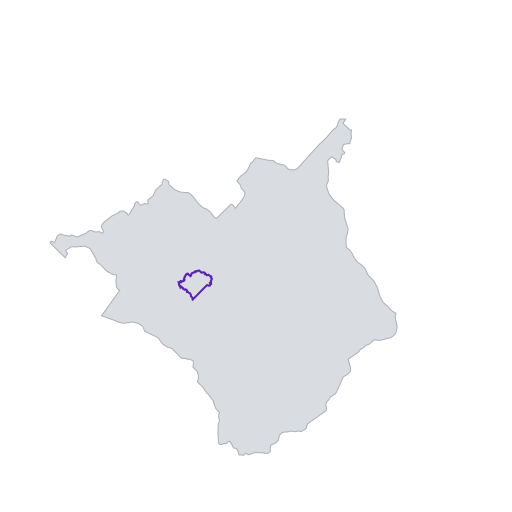 location of Lubao, Kasaï-Oriental, Democratic Republic of the Congo, rotated 134°
{"feature_id": "63176286B12881144084902", "entity_name": "Lubao", "entity_type": "district", "adm_level": 2, "iso_a3": "COD", "parent_name": "Democratic Republic of the Congo", "parent_adm1": "Kasaï-Oriental", "projection": "albers", "projection_center": [25.343, -5.578], "detail": "fine", "context": "in_parent", "style": "outline", "palette": "violet", "viewbox_px": 512, "rotation_deg": 134, "n_neighbors": 0, "source": "geoboundaries", "source_scale": "gbopen_adm2", "svg_char_len": 7878}
<svg xmlns="http://www.w3.org/2000/svg" viewBox="0 0 512 512"><g transform="rotate(134 256 256)"><path d="M406.3,325.6L375.2,330.2L375.8,332.0L375.5,333.9L374.7,335.3L371.6,339.1L366.9,342.7L366.8,343.5L369.2,347.5L370.6,352.9L370.2,362.4L370.8,365.0L370.7,367.0L369.1,369.2L365.9,380.6L368.0,386.2L374.1,391.4L377.6,395.2L383.6,396.7L384.6,396.5L385.0,393.3L389.8,392.1L389.6,412.4L389.3,413.6L388.4,413.8L387.2,413.2L386.9,411.2L385.6,410.4L379.8,412.8L378.3,412.8L376.7,412.3L375.5,411.3L375.1,409.7L371.1,403.8L369.0,403.4L366.8,398.0L357.6,394.1L354.0,393.7L352.2,392.5L350.4,388.3L347.3,385.6L346.6,382.6L346.0,382.2L344.1,382.8L342.5,387.5L340.4,388.6L336.6,388.8L327.1,387.4L320.4,384.9L318.6,385.1L315.9,382.9L314.8,379.2L315.4,376.4L314.9,376.0L304.6,378.3L302.1,379.8L299.7,379.4L299.0,378.7L300.0,376.7L299.5,374.6L298.8,373.6L295.7,372.9L294.7,370.6L292.9,370.3L292.2,370.6L291.8,372.1L290.7,372.7L284.5,371.9L278.1,374.0L269.5,373.5L265.4,375.9L264.8,375.8L263.9,374.6L263.1,370.7L263.5,369.7L264.8,368.9L265.2,367.3L264.8,363.3L265.1,362.4L264.6,360.1L263.3,356.4L261.5,353.4L257.6,348.9L256.9,346.8L257.1,341.7L258.3,333.7L258.1,327.8L256.5,323.9L256.1,319.8L257.1,312.3L256.1,310.5L236.4,310.0L235.6,309.4L235.2,308.4L236.1,304.0L224.1,305.2L220.5,306.1L218.3,307.9L217.6,310.2L217.6,313.5L215.8,316.6L215.3,321.8L212.0,322.4L208.7,322.5L202.3,321.4L196.1,323.0L193.1,324.4L191.5,323.8L185.9,324.4L185.2,324.0L178.6,313.7L175.7,310.3L175.2,308.6L175.4,307.0L174.6,304.9L171.5,299.6L170.9,297.1L171.0,293.2L170.6,291.9L167.9,288.6L166.1,287.6L164.2,287.0L132.0,288.0L121.3,287.6L113.6,288.2L109.6,288.0L108.5,287.5L105.0,288.3L103.1,289.7L100.4,290.5L98.6,290.3L95.2,286.5L99.8,285.7L100.1,285.3L100.2,276.1L99.0,274.8L101.4,273.2L105.2,269.0L109.0,267.5L109.5,266.6L110.3,266.7L111.8,268.4L115.1,270.5L119.2,268.5L119.6,267.9L120.1,263.9L121.1,263.6L122.8,264.4L123.8,264.4L125.6,263.2L130.8,261.1L132.4,263.6L131.0,265.9L131.7,267.6L131.8,270.1L132.7,270.6L136.9,270.8L138.1,270.2L146.1,261.0L148.2,259.9L151.6,256.2L156.2,254.5L158.1,251.6L160.7,246.5L161.8,239.2L161.1,226.5L161.5,224.8L166.9,219.0L172.5,208.6L176.3,205.8L179.2,204.7L183.6,200.8L187.1,197.0L186.6,192.4L187.4,188.6L189.3,183.8L189.8,178.7L189.1,173.3L189.3,169.0L191.9,161.9L192.0,153.9L194.3,147.2L199.0,138.6L201.1,132.2L200.6,126.0L201.2,121.4L200.9,118.7L200.0,116.4L200.5,114.9L202.3,114.3L204.5,111.9L208.5,105.7L212.8,102.7L215.8,101.7L219.0,101.8L221.1,102.3L224.4,104.7L228.3,106.6L231.2,108.9L234.0,112.6L240.8,113.4L243.7,114.7L245.5,115.2L246.2,114.8L247.6,115.0L250.8,116.1L253.3,115.5L265.9,117.9L267.3,116.6L270.8,110.2L273.4,108.0L277.7,107.8L281.1,109.0L282.9,109.0L298.3,103.5L300.3,103.2L305.9,104.5L309.6,103.6L311.0,103.9L314.2,102.9L316.8,99.1L318.9,98.2L341.1,102.4L344.5,100.3L346.1,100.1L351.0,101.6L352.5,104.0L355.5,106.0L357.6,109.3L360.9,111.2L362.5,113.0L364.5,114.3L368.5,114.7L373.6,111.7L377.3,112.1L380.9,113.7L382.1,113.7L384.9,111.9L386.3,110.1L387.7,109.7L389.9,110.5L391.6,112.3L393.1,114.8L398.6,120.6L404.0,123.1L405.3,126.6L407.2,126.3L408.2,126.7L409.6,128.9L410.5,129.4L410.7,130.3L409.3,132.4L408.1,136.4L409.7,138.9L408.3,142.5L407.5,146.2L409.2,147.1L411.5,147.1L413.5,149.0L415.1,149.4L416.8,151.4L416.4,153.1L411.1,159.1L403.1,166.5L400.4,167.4L399.0,168.8L398.0,170.9L395.7,172.8L393.9,173.5L393.7,178.9L391.0,184.4L390.0,185.6L388.5,194.6L388.8,196.2L387.2,203.6L387.4,210.5L383.6,212.7L381.0,216.1L379.8,218.5L379.8,224.1L375.5,227.5L375.2,228.3L376.2,232.3L377.8,232.9L377.8,234.3L381.3,238.6L381.0,251.7L381.2,253.0L383.0,256.2L384.2,262.2L382.8,269.7L387.4,283.7L385.3,288.8L386.2,293.7L389.0,298.8L395.7,303.9L397.4,306.0L399.1,308.8L400.6,313.1L406.3,325.6Z" fill="#d9dde1" stroke="#a8b0b8" stroke-width="1"/><path d="M329.9,284.1L329.6,284.0L329.5,283.9L329.4,283.9L329.0,283.6L328.9,283.5L328.9,283.2L329.0,282.9L328.9,282.8L328.6,282.4L328.6,282.2L328.8,281.9L328.8,281.5L328.9,281.4L329.0,281.3L329.3,281.4L329.5,281.1L329.7,280.8L329.8,280.7L329.7,280.6L329.4,280.4L329.4,280.0L329.1,279.8L329.1,279.6L329.1,279.2L329.1,278.9L329.1,278.7L328.9,278.3L328.8,278.0L328.7,277.6L328.7,277.1L328.8,276.9L329.0,276.7L329.1,276.3L329.2,276.1L329.2,275.8L329.3,275.6L329.6,275.4L329.8,275.3L329.9,275.2L330.1,274.8L330.1,274.6L330.2,274.4L330.2,274.2L330.1,273.6L330.1,273.4L330.2,272.8L330.2,272.7L331.1,271.8L331.3,271.5L331.4,271.4L331.4,271.2L330.6,271.3L328.5,271.2L321.1,271.2L315.5,271.1L313.7,271.1L311.1,271.0L311.0,270.9L310.9,270.9L310.7,270.7L310.7,270.4L310.5,270.2L310.4,269.9L310.2,269.7L310.3,269.4L310.2,269.1L309.8,268.7L309.7,268.4L309.7,268.5L309.4,268.5L309.2,268.6L309.0,268.8L308.9,268.9L308.7,269.0L308.3,269.0L308.0,268.9L307.9,268.9L307.7,268.9L307.4,268.8L307.3,269.0L307.2,269.1L307.0,269.3L307.2,269.5L307.3,269.7L307.3,269.8L307.4,270.0L307.5,270.3L307.4,270.5L307.2,270.4L306.9,270.2L306.7,270.2L306.3,270.0L306.2,270.0L305.9,270.1L305.8,270.3L305.7,270.5L305.5,270.8L305.4,270.9L305.3,271.2L305.2,271.2L304.8,271.2L304.7,271.2L304.4,271.3L304.2,271.5L303.9,271.6L303.5,271.7L303.3,271.8L303.2,271.8L302.9,272.0L303.0,272.2L303.0,272.3L303.0,272.5L302.9,272.7L302.9,272.8L302.9,273.0L302.9,273.3L302.8,273.5L302.7,273.7L302.7,273.8L302.6,274.0L302.3,274.0L302.1,274.0L301.9,274.0L301.9,274.4L302.0,274.5L302.1,274.8L302.1,275.0L302.2,275.4L302.3,275.6L302.4,275.8L302.5,276.3L302.5,276.6L302.6,276.8L302.5,277.1L302.9,277.3L303.0,277.4L303.2,277.5L303.6,277.7L303.8,277.8L304.0,277.9L304.1,278.0L304.1,278.4L304.1,278.6L304.0,278.8L303.9,279.1L303.8,279.3L303.8,279.6L303.8,279.8L304.0,279.9L304.1,280.0L304.3,280.1L304.6,280.3L304.6,280.5L304.4,280.7L304.3,280.8L304.2,280.9L304.0,281.0L303.7,281.2L303.6,281.3L303.7,281.5L303.8,281.8L304.0,282.0L304.2,282.4L304.5,282.7L304.8,283.0L305.0,283.1L305.3,283.2L305.3,283.3L305.3,283.5L305.5,283.7L305.8,283.7L305.8,284.0L306.0,284.5L305.9,285.2L305.8,285.3L305.9,285.8L305.9,286.0L305.9,286.3L305.9,286.7L306.0,287.0L306.3,287.1L306.6,287.3L306.8,287.3L307.0,287.6L307.3,287.8L307.5,287.9L307.8,287.9L308.0,287.9L308.4,287.9L308.5,288.0L308.8,288.2L308.8,288.4L308.8,288.5L308.7,288.7L308.8,288.9L308.9,289.0L309.0,289.1L309.4,289.2L309.7,289.2L309.8,289.1L310.1,288.9L310.3,288.7L310.5,288.7L310.7,288.9L310.8,289.2L311.1,289.4L311.3,289.4L311.4,289.5L311.6,289.5L311.8,289.6L312.0,289.7L312.2,289.9L312.4,290.0L312.6,290.1L312.9,290.2L313.1,290.1L313.7,290.1L314.2,289.9L314.3,289.8L314.3,289.7L314.6,289.6L314.7,289.4L314.8,289.4L315.1,289.3L315.5,289.1L316.0,289.1L316.0,289.4L316.0,289.8L316.1,290.3L316.1,290.9L316.1,291.3L316.2,291.5L316.3,291.6L316.3,291.8L316.4,292.1L316.2,292.3L316.0,292.6L316.0,292.8L316.3,293.1L316.5,293.2L317.0,293.5L317.4,293.5L318.0,293.2L318.3,293.2L318.4,293.3L318.5,293.4L319.0,293.3L319.1,293.2L319.5,292.9L319.8,292.9L320.1,292.8L320.2,292.7L320.3,292.8L320.7,292.8L320.8,292.7L321.3,292.6L321.5,292.5L321.5,292.4L321.6,292.2L321.8,292.1L322.1,291.9L322.3,291.9L322.5,291.7L322.8,291.6L323.1,291.6L323.3,291.5L323.4,291.4L323.5,291.2L323.7,290.9L323.5,290.7L323.9,290.6L324.1,290.6L324.3,290.6L324.6,290.9L324.9,291.0L325.0,291.1L325.3,291.3L325.6,291.4L325.8,291.6L326.0,291.8L326.0,292.1L326.0,292.3L326.1,292.6L326.3,292.8L326.4,292.7L326.5,292.3L326.5,292.1L326.6,291.8L326.7,291.7L326.9,291.6L327.1,291.6L327.3,292.5L327.6,292.6L327.8,292.7L327.9,292.9L328.0,293.1L328.4,293.1L328.6,293.0L328.7,292.9L328.8,293.1L329.1,292.5L329.2,292.2L329.6,292.0L330.0,291.7L330.2,291.4L330.4,291.0L330.5,290.7L330.1,290.2L330.0,289.8L330.0,289.6L330.1,289.4L330.3,289.3L330.5,289.3L330.8,289.3L331.1,288.7L330.6,288.8L330.4,288.7L330.2,288.6L329.9,288.4L329.9,288.1L330.2,287.9L330.4,287.8L330.3,287.4L330.1,287.1L329.9,287.1L329.7,286.4L329.8,285.9L330.0,285.7L330.3,285.5L330.3,285.4L330.3,285.2L330.2,285.0L330.1,284.9L330.0,284.7L329.9,284.4L329.9,284.2L329.9,284.1Z" fill="none" stroke="#5b21b6" stroke-width="2"/></g></svg>